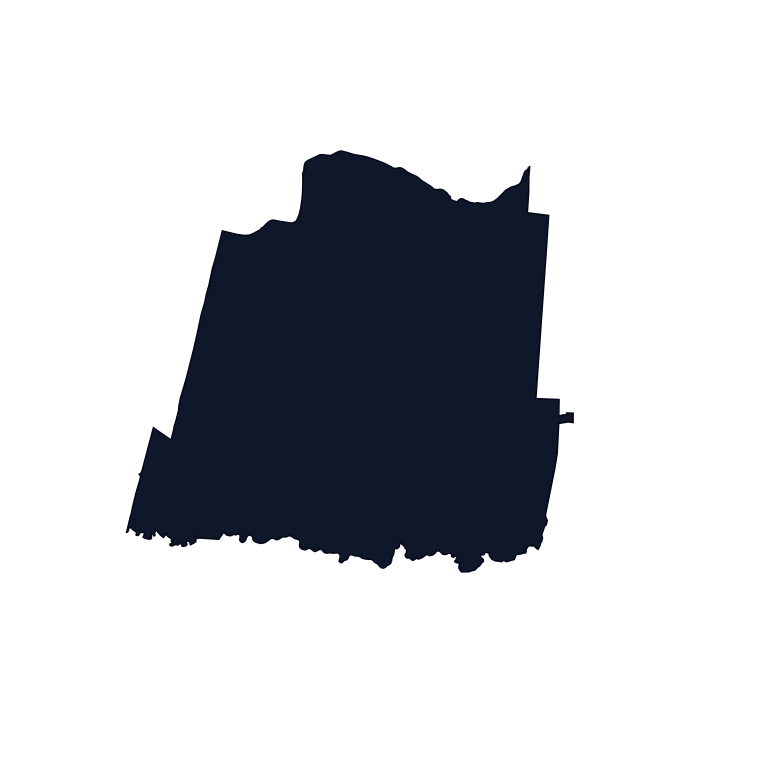 outline of Olteni, Teleorman, Romania, rotated 302°
{"feature_id": "2599482B69611777068875", "entity_name": "Olteni", "entity_type": "district", "adm_level": 2, "iso_a3": "ROU", "parent_name": "Romania", "parent_adm1": "Teleorman", "projection": "mercator", "projection_center": [25.276, 44.194], "detail": "fine", "context": "isolated", "style": "filled", "palette": "ink", "viewbox_px": 768, "rotation_deg": 302, "n_neighbors": 0, "source": "geoboundaries", "source_scale": "gbopen_adm2", "svg_char_len": 6171}
<svg xmlns="http://www.w3.org/2000/svg" viewBox="0 0 768 768"><g transform="rotate(302 384 384)"><path d="M614.2,434.3L605.2,414.8L622.7,405.4L636.5,397.0L646.1,392.1L645.0,392.2L643.8,391.8L642.3,392.2L639.8,391.1L637.9,391.0L628.4,393.1L625.3,392.9L621.4,390.4L618.7,387.8L613.1,384.7L601.5,382.1L596.6,380.1L593.8,377.6L592.3,375.3L590.8,374.0L589.1,371.7L588.7,370.4L587.9,369.2L587.6,367.6L585.4,365.3L583.6,360.7L583.3,359.9L583.4,358.4L582.8,355.6L582.8,353.2L582.3,351.7L581.2,350.5L579.8,350.0L578.4,349.9L577.0,348.9L576.2,346.0L575.8,342.3L577.8,341.3L578.3,339.1L579.4,336.0L579.9,331.3L579.1,328.8L576.9,326.0L576.2,324.6L575.7,322.3L576.3,320.4L576.4,318.3L576.4,308.7L577.2,303.0L577.2,300.9L576.8,299.4L576.1,292.6L576.2,290.2L576.5,288.2L576.5,285.2L576.2,284.0L575.6,282.7L574.8,281.6L572.9,279.6L572.1,277.8L571.6,269.5L571.1,266.1L569.0,255.3L568.3,253.0L567.8,250.3L565.8,244.5L562.9,237.8L560.8,230.0L559.0,224.5L558.5,223.7L557.3,222.5L555.1,221.0L549.7,217.9L549.0,216.9L545.7,209.9L544.0,207.9L534.1,201.6L531.4,200.2L530.2,200.0L528.3,200.3L526.9,200.7L522.0,203.1L519.4,203.5L515.0,206.5L505.7,212.1L497.8,216.3L488.9,220.2L482.7,222.3L478.0,223.1L475.7,223.2L474.0,222.5L471.4,220.3L466.0,207.7L465.1,205.1L464.4,203.5L463.3,202.0L461.1,200.5L459.3,199.8L452.3,198.2L451.4,197.3L449.7,197.6L441.6,192.9L438.6,190.7L435.7,186.4L432.7,179.5L428.2,165.8L402.2,174.2L391.0,177.3L375.7,183.0L365.8,185.9L358.7,188.6L346.1,192.2L327.3,199.1L312.6,204.2L283.5,213.5L264.1,218.9L256.8,221.7L254.1,223.1L254.1,223.4L240.1,227.8L237.5,228.3L233.9,229.8L225.0,232.7L223.7,232.9L224.4,216.7L224.8,211.6L182.5,224.7L179.7,225.2L177.7,224.2L177.1,226.3L173.5,227.7L160.3,231.4L144.8,236.6L140.0,238.5L137.3,239.1L121.9,244.3L122.5,244.9L124.4,244.9L126.0,244.1L126.8,244.1L128.0,245.4L128.0,246.4L127.2,248.7L127.4,250.5L126.9,252.8L126.5,253.3L124.7,253.6L124.6,254.4L125.2,255.7L125.6,255.9L128.0,256.1L128.7,255.8L129.4,256.5L130.1,258.0L131.2,258.4L131.4,258.9L131.1,259.5L129.8,260.2L126.4,261.0L126.5,262.6L127.7,266.7L128.6,267.1L128.6,268.1L129.9,268.5L131.8,267.4L133.2,266.0L133.9,265.9L134.3,266.6L134.4,267.4L133.3,268.9L133.3,269.3L133.5,269.7L134.1,270.0L134.8,269.7L135.3,268.6L135.7,268.3L137.1,268.4L138.3,267.7L138.6,267.9L139.0,268.3L139.0,269.3L137.5,274.2L137.0,278.1L137.3,278.4L139.4,278.4L140.4,278.8L142.2,278.3L142.6,278.5L142.4,279.2L140.9,279.9L140.3,280.8L140.2,282.7L140.5,283.6L140.0,284.8L140.3,286.0L140.2,286.4L138.4,286.7L137.8,287.3L137.5,288.7L136.6,288.6L134.7,287.3L134.1,287.7L133.8,288.4L133.9,289.3L134.5,290.3L136.1,291.3L136.6,291.3L137.2,292.0L137.8,293.0L138.0,294.0L138.5,294.7L139.8,295.2L140.7,294.4L141.4,294.7L141.6,295.4L141.6,296.0L139.7,298.3L139.6,298.9L139.9,299.6L141.5,301.5L143.0,301.9L143.6,301.9L144.1,301.5L144.8,299.8L145.2,299.7L146.1,300.2L147.1,301.0L147.3,302.1L146.0,304.2L145.2,304.7L145.2,305.2L148.8,307.2L149.5,306.8L150.3,308.0L152.6,306.9L153.3,305.7L153.7,303.9L154.4,303.8L155.1,304.9L155.0,305.8L154.3,307.0L154.5,308.1L155.5,308.9L164.8,326.2L173.0,326.5L173.1,328.0L172.6,330.7L173.3,333.0L173.9,334.1L175.0,335.2L176.7,335.9L177.5,338.2L179.3,339.5L179.7,340.7L179.6,341.5L179.0,342.5L176.7,343.7L175.5,344.0L174.4,345.8L174.3,347.2L174.5,347.7L175.5,348.7L176.7,349.2L178.0,349.4L181.7,348.7L183.1,348.8L184.1,349.3L184.8,350.3L185.0,351.0L184.9,353.1L184.6,353.7L184.3,354.2L182.6,355.3L182.0,356.7L182.0,358.8L182.8,362.2L183.4,363.8L185.5,366.3L186.9,367.4L193.3,370.0L193.8,370.7L194.6,372.7L195.1,375.6L197.3,377.4L200.7,379.0L202.3,381.8L205.0,383.9L205.4,384.4L205.8,386.9L205.7,390.1L206.7,393.7L206.6,395.3L205.5,396.5L202.8,397.7L201.6,398.5L200.8,399.6L200.6,400.5L200.6,402.0L201.4,404.7L202.0,405.5L204.6,406.9L205.1,407.6L205.5,410.0L205.4,411.3L205.1,412.7L205.3,414.0L205.7,414.7L209.0,416.5L210.2,417.8L210.5,418.6L210.4,419.6L209.6,422.0L209.5,423.1L209.9,424.4L210.6,425.6L212.5,427.8L213.3,430.1L215.9,433.5L216.3,434.8L216.3,435.8L215.6,437.4L214.1,438.6L210.3,439.7L209.7,440.2L209.6,441.0L209.7,442.0L210.0,442.7L210.6,443.1L213.1,443.6L214.4,444.9L215.7,445.6L217.0,445.8L218.4,445.4L220.5,445.3L221.9,446.6L222.3,447.6L222.7,449.8L223.2,451.2L224.5,453.3L224.9,455.4L224.8,457.9L225.2,459.3L226.6,462.8L228.3,465.6L228.6,466.5L228.6,468.6L227.9,470.4L228.1,473.8L226.9,477.7L226.8,479.2L227.6,481.1L229.3,482.3L231.4,482.7L234.1,484.3L235.6,484.6L238.3,484.0L240.8,482.8L244.7,482.4L249.6,480.2L250.4,480.3L251.0,482.0L251.6,482.5L253.3,483.1L254.3,483.0L257.0,481.8L257.6,482.2L257.5,485.9L257.2,486.9L256.0,489.0L255.5,490.9L255.3,491.3L252.6,492.4L250.2,492.5L249.1,493.6L248.7,494.9L248.8,496.0L250.1,497.8L249.6,500.5L249.7,501.8L251.0,502.8L253.6,504.0L253.7,505.7L254.5,506.6L257.6,508.7L261.9,510.4L262.3,510.8L262.5,513.6L264.7,515.8L267.6,517.0L269.5,516.9L270.6,517.6L271.5,519.1L271.6,519.9L271.6,520.6L270.8,523.9L270.9,524.4L271.4,525.4L272.8,527.3L274.6,528.2L275.5,530.1L275.6,530.7L275.2,531.8L273.8,532.7L273.6,533.9L274.0,534.8L275.9,535.5L276.3,536.5L276.1,537.8L275.4,538.3L274.2,537.8L272.6,538.4L271.4,537.8L270.9,538.1L270.8,539.9L271.9,542.5L271.8,543.2L268.4,544.5L267.6,545.1L266.0,547.9L265.8,549.0L266.0,549.7L269.9,555.7L272.1,557.3L273.7,559.0L275.3,559.9L278.4,560.3L280.2,561.4L283.8,561.6L286.2,562.3L287.0,561.9L287.7,561.1L288.0,560.3L288.4,557.8L288.9,557.0L289.4,556.8L290.9,557.2L291.9,559.0L292.3,559.2L293.2,559.2L293.4,558.8L293.9,558.7L295.1,559.5L295.7,560.3L296.0,562.0L295.5,563.3L294.0,564.8L293.3,566.9L292.7,567.9L292.7,569.8L293.3,572.8L294.4,574.6L295.2,577.1L295.8,577.9L297.8,578.7L298.2,579.4L297.9,581.0L298.2,581.8L299.6,583.5L301.0,584.5L304.2,587.5L308.4,586.7L309.7,587.0L310.7,587.9L312.4,590.1L314.9,592.2L315.4,593.3L315.9,593.6L317.9,593.1L319.1,592.0L322.7,592.3L323.8,592.9L324.7,594.2L324.9,595.5L326.3,595.2L325.3,602.2L329.2,602.0L331.9,601.1L334.3,601.1L337.5,600.0L339.6,597.6L348.6,595.6L350.6,596.2L354.8,594.7L357.0,591.4L359.0,590.1L402.3,573.8L416.9,567.7L443.1,553.1L449.4,560.2L451.5,564.8L459.5,559.8L456.2,554.2L454.5,555.1L452.3,551.7L451.8,551.9L449.8,549.0L463.6,540.7L452.1,520.5L586.4,449.2L614.2,434.3Z" fill="#0f172a" stroke="#020617" stroke-width="1.5"/></g></svg>